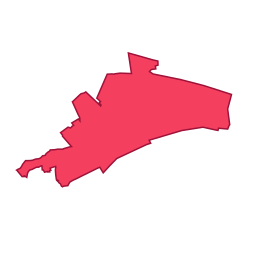 outline of Roznov, Neamt, Romania, rotated 14°
{"feature_id": "2599482B96195246570406", "entity_name": "Roznov", "entity_type": "district", "adm_level": 2, "iso_a3": "ROU", "parent_name": "Romania", "parent_adm1": "Neamt", "projection": "natural_earth1", "projection_center": [26.505, 46.851], "detail": "fine", "context": "isolated", "style": "filled", "palette": "rose", "viewbox_px": 256, "rotation_deg": 14, "n_neighbors": 0, "source": "geoboundaries", "source_scale": "gbopen_adm2", "svg_char_len": 1949}
<svg xmlns="http://www.w3.org/2000/svg" viewBox="0 0 256 256"><g transform="rotate(14 128 128)"><path d="M105.8,176.4L107.9,174.6L110.1,172.9L113.8,176.5L114.8,177.5L119.1,169.5L124.5,160.3L150.0,139.6L153.7,137.3L151.5,134.7L179.7,118.1L180.9,117.4L200.5,109.1L214.2,108.7L215.9,108.6L215.9,106.3L225.0,104.9L225.5,100.8L225.9,100.2L220.9,87.5L220.1,85.4L220.1,83.8L220.3,74.5L220.3,70.4L191.2,68.5L168.0,68.3L139.3,69.5L135.2,68.1L136.5,65.6L140.7,63.9L139.5,61.2L141.7,59.9L141.9,59.8L140.8,55.8L135.0,55.9L110.2,55.1L118.2,74.3L107.0,76.7L102.1,78.6L101.8,79.0L99.4,79.4L94.8,80.8L90.5,106.6L92.7,107.7L94.1,108.7L94.9,109.0L93.9,110.7L96.3,112.3L96.1,113.2L78.3,103.2L77.2,104.4L75.9,105.2L74.5,105.9L74.0,106.3L72.8,108.0L71.7,109.8L68.1,115.5L67.7,116.0L76.3,126.9L78.5,129.4L79.1,130.9L79.6,132.7L77.7,131.2L72.2,136.7L74.6,138.5L73.2,140.0L73.3,140.3L72.2,141.8L69.6,141.7L64.6,147.7L63.7,148.8L66.2,150.8L66.4,151.8L77.7,159.7L76.0,160.4L70.4,163.7L69.9,164.3L65.0,165.5L61.8,166.9L57.8,168.1L57.6,169.3L56.8,170.1L56.2,170.7L55.0,172.4L54.6,173.1L54.4,174.4L53.1,175.1L51.9,175.6L50.4,178.2L48.8,179.4L46.4,180.3L45.7,180.6L42.8,182.6L41.9,182.8L41.2,183.2L40.3,183.4L38.7,183.9L36.5,184.4L35.2,187.3L34.4,189.2L34.3,190.1L33.7,191.9L33.1,193.2L31.3,194.6L30.1,195.8L30.4,195.9L37.0,200.8L38.8,200.3L38.6,199.9L39.3,199.5L41.7,200.4L41.5,196.8L41.6,196.0L41.7,194.8L42.8,192.6L44.9,191.4L48.4,188.4L49.2,188.0L50.8,187.6L52.8,185.8L53.5,185.5L54.0,186.6L54.9,189.4L55.8,189.2L57.1,190.4L57.7,191.1L60.4,189.7L60.7,190.1L62.7,189.5L62.2,188.4L63.4,187.7L62.1,185.9L63.5,185.0L64.3,184.4L67.1,182.8L67.5,184.0L67.5,185.0L67.6,186.0L69.2,190.9L70.9,195.2L72.8,195.8L72.0,196.3L73.3,197.0L74.1,197.8L75.9,198.5L76.6,199.4L77.5,200.5L78.7,200.9L79.6,200.0L83.6,198.5L83.6,198.2L84.6,194.7L85.3,193.9L87.6,191.7L89.3,190.4L91.8,188.3L96.3,184.4L97.8,183.2L105.2,176.9L105.8,176.4Z" fill="#f43f5e" stroke="#9f1239" stroke-width="1.5"/></g></svg>